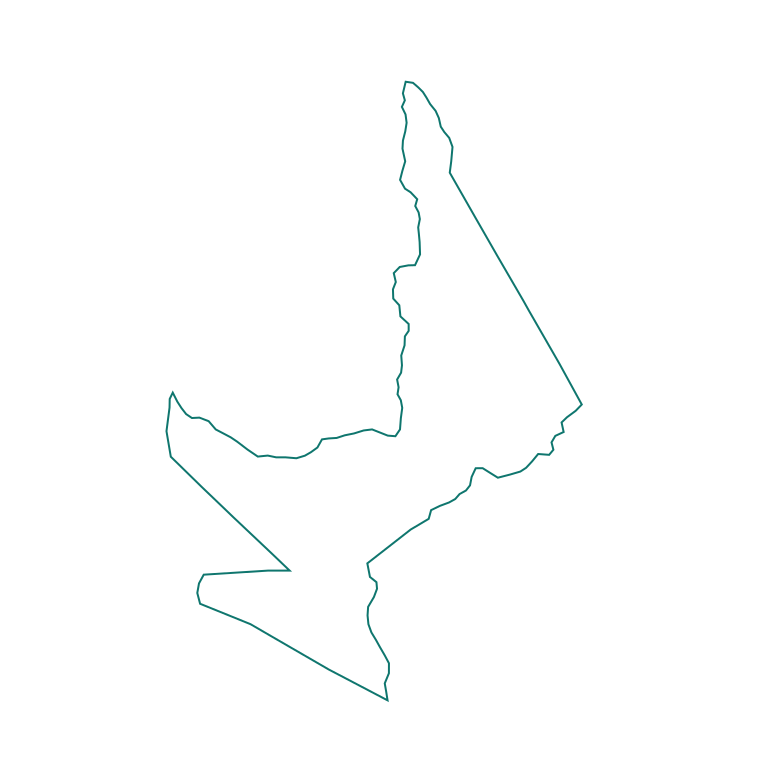 the district of Tururu, Ceará, Brazil, rotated 25°
{"feature_id": "56859067B74610593529944", "entity_name": "Tururu", "entity_type": "district", "adm_level": 2, "iso_a3": "BRA", "parent_name": "Brazil", "parent_adm1": "Ceará", "projection": "orthographic", "projection_center": [-39.417, -3.531], "detail": "fine", "context": "isolated", "style": "outline", "palette": "teal", "viewbox_px": 768, "rotation_deg": 25, "n_neighbors": 0, "source": "geoboundaries", "source_scale": "gbopen_adm2", "svg_char_len": 2036}
<svg xmlns="http://www.w3.org/2000/svg" viewBox="0 0 768 768"><g transform="rotate(25 384 384)"><path d="M196.2,481.1L196.1,488.1L199.6,496.0L206.8,518.7L221.5,540.0L262.8,554.5L287.3,562.8L303.1,568.2L354.3,585.2L377.3,593.0L358.0,602.0L301.2,633.0L300.6,642.9L303.1,652.3L310.2,660.9L364.6,658.1L387.9,660.2L454.6,666.1L520.9,669.2L516.2,662.2L511.2,655.0L510.7,644.1L506.5,635.0L499.3,629.6L491.4,624.1L484.8,619.3L477.6,614.5L471.4,608.3L466.9,600.7L463.8,592.7L464.9,581.3L464.2,572.5L460.9,566.8L452.8,564.8L444.7,553.6L469.7,504.6L481.5,487.3L480.0,478.4L486.2,470.8L493.0,463.9L497.2,458.1L499.0,451.8L503.3,445.9L504.8,439.5L502.7,431.2L502.7,421.6L509.0,418.6L518.5,419.8L526.8,420.8L536.4,412.9L544.6,405.7L548.2,399.9L550.9,391.6L553.3,382.3L563.6,378.4L565.3,372.0L560.5,366.1L561.2,358.6L567.1,351.6L561.2,343.8L563.9,336.8L569.1,327.2L571.9,319.0L534.7,291.7L484.2,256.2L475.2,249.7L433.0,220.3L397.1,195.0L354.3,164.7L350.8,153.7L345.9,140.2L339.1,133.4L332.2,130.2L326.7,126.8L321.3,119.8L315.4,114.7L307.5,110.8L301.3,106.4L295.8,102.9L289.7,100.7L283.0,98.8L275.9,100.9L278.3,112.6L283.0,118.1L283.1,125.3L289.6,130.6L294.1,137.7L296.5,146.0L298.3,155.4L301.3,162.9L309.1,173.2L310.6,183.2L312.3,192.2L320.5,198.1L327.1,199.0L336.0,202.5L337.1,209.5L342.9,213.9L346.8,219.4L348.8,227.6L352.1,233.1L356.3,240.3L361.9,251.3L361.9,263.2L355.9,266.2L348.8,271.3L346.0,279.4L351.6,286.6L352.1,294.4L356.3,302.7L364.6,306.2L370.3,315.8L381.0,319.2L383.9,325.4L382.8,332.0L386.3,340.3L387.6,350.9L392.4,359.5L394.7,366.5L394.0,374.4L398.6,380.8L400.6,387.6L406.1,391.6L410.6,397.9L413.7,407.8L417.7,418.4L416.4,426.5L409.2,429.2L402.3,429.6L392.4,430.2L385.2,434.7L377.7,441.5L370.1,447.1L363.9,452.9L356.9,456.7L351.2,460.4L350.5,469.7L346.6,476.7L342.6,482.4L336.0,488.3L325.7,492.1L317.4,496.0L308.9,498.0L300.3,503.1L288.0,501.1L275.2,498.3L267.6,497.1L259.3,496.7L250.7,496.3L240.8,491.8L230.9,492.5L224.3,496.0L217.4,494.9L210.6,491.4L204.1,487.3L196.2,481.1Z" fill="none" stroke="#0f766e" stroke-width="2"/></g></svg>